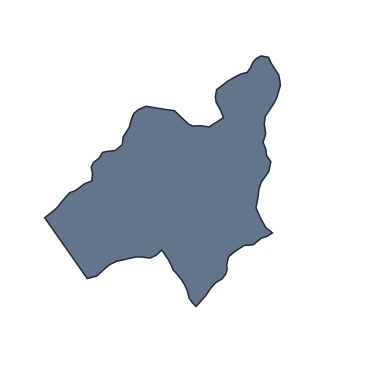 the district of Santa Ernestina, São Paulo, Brazil, rotated 147°
{"feature_id": "56859067B52620744668787", "entity_name": "Santa Ernestina", "entity_type": "district", "adm_level": 2, "iso_a3": "BRA", "parent_name": "Brazil", "parent_adm1": "São Paulo", "projection": "orthographic", "projection_center": [-48.379, -21.446], "detail": "fine", "context": "isolated", "style": "filled", "palette": "slate", "viewbox_px": 384, "rotation_deg": 147, "n_neighbors": 0, "source": "geoboundaries", "source_scale": "gbopen_adm2", "svg_char_len": 1408}
<svg xmlns="http://www.w3.org/2000/svg" viewBox="0 0 384 384"><g transform="rotate(147 192 192)"><path d="M329.6,250.7L327.0,176.4L317.8,173.4L307.0,175.2L300.5,175.9L293.5,175.1L284.5,171.8L274.6,168.1L269.8,165.0L263.0,159.3L256.8,158.5L249.0,159.8L248.7,147.4L249.3,142.5L250.2,136.7L249.0,129.5L248.7,124.3L248.7,118.5L249.6,112.3L252.2,104.5L252.1,99.1L251.0,93.7L237.1,97.5L228.7,101.1L221.7,103.0L214.2,102.7L208.4,104.8L204.9,107.7L202.4,112.1L197.1,117.5L191.3,118.5L185.9,118.8L177.5,118.8L169.5,114.4L159.2,115.5L153.4,113.9L146.8,113.9L149.5,122.2L148.6,134.1L146.9,144.0L141.3,149.7L137.6,153.8L134.8,157.5L128.4,162.7L122.2,165.0L116.2,167.6L109.4,174.4L109.6,181.8L106.7,187.8L105.3,194.9L98.6,200.6L94.0,210.2L89.4,215.4L82.3,218.6L74.6,221.9L68.6,225.7L64.3,229.4L59.9,233.2L57.7,237.5L55.5,242.9L55.5,249.3L55.5,257.1L54.4,263.2L60.1,268.6L66.0,268.8L70.5,267.5L75.1,264.4L80.7,262.3L87.4,264.5L94.9,265.2L101.7,265.5L115.7,264.4L120.5,259.2L122.9,254.2L123.6,244.4L125.1,237.2L142.3,237.3L148.5,242.8L155.3,246.8L158.0,250.9L162.5,269.8L168.6,275.1L177.6,283.2L183.9,289.0L192.5,290.3L198.1,289.5L202.9,286.2L209.4,280.4L219.5,275.8L224.9,269.6L233.8,268.6L241.0,272.2L245.7,274.0L251.1,271.1L258.5,270.4L263.0,267.8L265.4,261.6L270.0,255.9L277.3,257.4L289.0,256.7L294.9,258.0L305.7,255.1L313.4,252.4L318.0,251.7L329.6,250.7Z" fill="#64748b" stroke="#1e293b" stroke-width="1.5"/></g></svg>